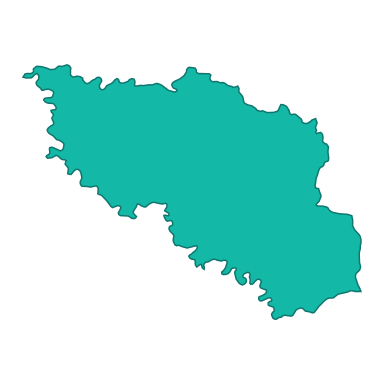 outline of Araguari, Minas Gerais, Brazil
{"feature_id": "56859067B42575521245529", "entity_name": "Araguari", "entity_type": "district", "adm_level": 2, "iso_a3": "BRA", "parent_name": "Brazil", "parent_adm1": "Minas Gerais", "projection": "orthographic", "projection_center": [-48.261, -18.607], "detail": "fine", "context": "isolated", "style": "filled", "palette": "teal", "viewbox_px": 384, "rotation_deg": 0, "n_neighbors": 0, "source": "geoboundaries", "source_scale": "gbopen_adm2", "svg_char_len": 5869}
<svg xmlns="http://www.w3.org/2000/svg" viewBox="0 0 384 384"><path d="M161.5,85.1L157.9,83.6L156.2,83.5L151.9,85.0L150.0,84.7L142.6,85.7L141.0,85.3L136.2,86.1L134.8,85.8L134.5,84.4L134.9,83.0L134.8,80.9L134.0,79.1L132.2,78.7L130.7,79.0L128.7,80.3L128.1,81.4L123.4,83.1L120.8,83.1L119.5,82.3L118.4,79.3L116.9,78.6L115.0,79.8L113.0,82.2L111.2,83.6L106.8,85.6L104.5,89.0L102.4,89.8L100.6,89.1L99.5,87.5L99.5,84.8L101.7,81.1L101.3,79.1L100.2,77.9L99.0,77.2L96.8,77.6L94.9,79.3L93.2,79.9L91.5,80.9L89.8,82.6L87.1,83.7L85.1,82.8L82.8,80.0L82.6,78.1L80.4,76.8L77.3,76.1L73.6,77.1L72.0,76.4L70.5,75.0L70.5,70.6L70.8,68.0L69.3,65.8L67.0,64.8L62.4,66.4L58.6,66.1L54.8,69.2L52.2,69.5L50.1,69.5L45.9,67.8L41.0,66.6L36.6,66.3L33.4,68.9L33.5,72.0L31.0,73.6L27.1,73.5L25.0,74.0L23.0,77.2L26.3,78.0L31.4,77.8L32.9,76.7L33.9,75.2L37.0,73.4L38.9,75.9L38.7,79.0L36.6,81.6L36.1,82.8L36.6,84.7L37.6,85.9L40.6,88.3L41.8,90.3L43.6,90.2L44.9,89.6L48.4,89.1L50.1,89.6L53.1,91.3L53.7,92.9L52.5,96.5L51.5,97.5L45.7,98.1L44.3,98.6L43.7,100.0L44.9,101.6L46.5,102.6L48.4,103.2L52.2,103.4L53.8,103.9L56.0,107.0L56.2,108.3L55.3,109.6L51.0,110.3L51.3,111.9L52.7,113.5L53.5,115.1L51.8,118.1L53.5,122.2L53.7,123.9L52.6,125.1L51.0,125.8L48.3,128.0L47.2,129.7L47.5,131.3L48.5,132.8L50.1,134.1L53.0,135.7L56.6,139.6L59.4,140.3L62.7,142.4L63.9,144.0L63.9,145.6L63.1,149.0L61.7,150.4L60.3,150.8L53.1,147.6L51.4,147.2L49.7,147.7L49.4,149.1L49.9,152.7L48.8,154.6L47.0,155.3L46.1,156.7L47.5,158.2L51.9,157.7L55.9,155.5L57.4,155.6L61.2,159.0L62.6,159.6L65.2,159.9L66.3,160.7L65.5,162.4L65.2,164.3L68.3,167.9L68.3,169.5L67.7,173.7L69.5,174.4L71.2,174.4L74.5,170.4L75.8,169.5L77.8,169.3L79.6,170.4L80.8,172.5L81.8,177.1L81.6,178.9L80.3,181.5L80.2,183.3L80.7,184.8L81.9,186.3L87.5,186.5L90.4,187.1L96.3,185.8L97.5,187.0L98.3,188.5L97.8,193.7L99.2,194.6L101.3,195.0L106.7,200.7L110.9,206.4L112.5,207.6L117.3,205.8L118.8,205.7L120.3,206.4L120.8,207.7L120.1,209.7L118.3,212.8L118.8,214.5L120.4,215.6L127.8,216.0L129.1,216.5L131.9,218.4L133.9,218.6L135.6,218.0L136.5,216.5L134.0,214.1L133.1,212.5L134.0,210.3L136.1,207.1L137.2,204.3L138.5,203.9L141.3,205.8L144.3,207.0L146.1,206.8L147.7,205.2L150.4,203.3L153.5,202.2L160.7,203.8L162.7,204.0L165.7,203.3L166.7,204.1L167.1,205.7L166.7,207.3L165.1,209.6L164.7,210.9L168.5,213.1L169.2,214.6L168.4,215.8L165.4,215.2L163.9,215.4L164.3,217.1L165.9,220.2L167.4,221.2L170.9,220.4L172.0,221.2L172.7,223.0L172.7,224.5L171.7,225.6L170.3,226.0L169.2,227.2L169.0,229.0L170.0,231.2L173.5,234.7L173.8,236.7L173.2,239.2L173.3,241.3L175.0,244.9L176.6,245.7L178.5,245.2L182.3,246.7L187.2,248.0L195.0,246.0L197.0,245.9L197.4,247.5L196.6,249.2L195.2,250.9L193.2,252.3L191.4,254.1L189.7,255.0L188.8,256.1L189.5,257.7L191.1,259.0L194.6,259.6L195.3,261.3L195.2,263.5L195.6,265.4L196.8,267.0L199.8,264.7L201.3,264.4L202.4,268.0L204.1,269.3L204.4,267.4L203.6,265.3L204.4,263.4L205.5,262.3L208.3,261.8L212.4,259.5L214.2,259.3L216.0,259.5L217.4,260.4L218.6,260.3L220.3,261.0L222.0,260.9L223.6,260.2L225.6,260.3L226.8,261.2L227.2,262.6L225.5,267.8L223.5,270.6L221.7,272.1L221.8,273.8L223.2,274.6L226.5,274.3L228.3,273.4L229.6,272.2L231.8,268.5L234.9,267.8L236.1,268.4L236.3,269.8L235.0,271.3L234.7,273.0L236.1,278.9L239.1,283.2L241.0,284.5L242.6,284.9L244.1,284.3L245.5,283.1L246.3,281.8L246.5,280.4L245.6,278.4L242.9,277.1L242.9,275.4L244.2,273.8L247.0,272.5L248.6,272.5L249.7,273.5L250.2,274.8L249.5,276.2L249.5,277.6L250.1,278.8L250.2,280.6L249.8,283.2L250.6,284.2L252.3,284.2L253.8,283.0L254.7,281.6L257.3,279.4L258.9,279.2L260.5,280.0L261.3,281.7L260.2,284.6L259.8,286.6L261.0,288.1L266.3,290.0L266.5,291.4L266.0,293.0L264.8,294.1L262.1,295.7L259.3,296.6L258.6,298.0L258.9,299.7L260.4,301.0L262.3,300.7L268.7,297.8L270.6,297.9L271.8,299.5L271.3,301.1L269.8,301.5L268.2,302.6L268.2,304.9L269.7,305.9L273.2,307.0L274.2,309.0L274.2,311.0L273.0,312.0L271.7,313.8L271.7,315.3L273.0,318.2L274.5,319.1L276.3,319.2L279.2,317.4L281.4,317.2L282.2,316.1L284.0,315.4L285.8,315.3L290.8,316.1L292.2,315.8L293.1,314.9L296.0,310.2L297.7,308.9L301.0,307.9L302.7,308.5L305.4,311.1L309.4,311.8L312.4,312.9L314.2,312.5L318.9,306.4L324.5,300.7L327.1,298.8L328.9,298.1L333.3,297.9L338.0,294.2L347.7,292.0L350.7,290.7L352.9,290.9L355.1,291.5L360.9,291.5L359.8,288.5L357.9,284.8L355.5,277.5L355.5,275.6L356.0,273.6L359.7,270.0L360.6,266.9L359.5,262.5L359.2,253.9L359.4,252.0L360.2,249.0L360.4,245.0L361.0,243.2L360.9,239.2L360.1,236.3L359.1,234.7L354.7,229.9L352.6,225.8L352.7,220.3L351.8,215.7L347.2,214.3L339.5,213.8L332.8,212.4L330.1,210.9L328.8,209.6L327.8,207.7L326.4,207.0L323.0,206.2L317.9,206.0L316.6,205.7L316.1,204.4L319.0,201.5L321.0,196.5L320.7,194.4L319.7,192.4L318.6,188.7L315.5,187.9L315.1,185.6L316.2,178.1L317.5,174.9L318.3,171.6L319.6,168.5L321.0,167.1L322.7,166.5L323.7,165.2L324.2,163.1L325.6,161.7L327.2,161.4L328.3,160.7L328.7,158.3L327.9,151.9L328.4,146.8L326.5,144.0L324.9,143.7L323.0,142.0L322.6,140.7L323.0,137.4L322.5,134.7L321.9,133.5L320.5,132.4L316.5,133.5L315.7,131.9L316.6,130.3L315.8,128.8L315.5,127.0L317.1,123.0L315.6,118.6L311.8,120.1L310.5,121.5L309.1,122.2L307.8,123.3L304.9,123.5L302.3,122.4L301.4,119.2L295.5,114.3L293.4,114.2L291.5,114.7L290.2,113.9L289.4,112.2L289.2,110.6L286.5,106.4L283.2,104.7L280.8,104.6L278.4,110.0L277.6,111.2L273.6,112.4L267.2,112.6L262.3,110.7L260.7,111.4L257.1,110.3L255.7,108.5L252.1,106.0L247.9,104.9L245.1,103.5L243.9,102.4L242.7,96.6L238.8,91.8L239.0,88.4L237.7,86.1L235.0,87.1L233.2,87.4L231.9,86.5L228.8,85.8L226.8,84.9L225.3,83.5L223.4,82.6L219.8,82.7L217.4,81.6L215.7,81.5L212.8,81.8L211.1,80.9L210.3,79.8L209.8,77.8L210.8,75.1L209.4,73.8L198.1,73.5L196.4,72.2L196.2,70.0L195.1,68.1L189.3,67.3L188.0,67.9L186.6,69.7L186.5,71.8L184.1,75.6L179.8,79.0L175.5,80.9L172.7,82.6L171.8,84.7L172.4,86.6L173.6,88.2L175.9,89.0L177.2,90.4L175.6,91.9L173.2,91.9L171.6,91.1L168.7,90.5L161.5,85.1Z" fill="#14b8a6" stroke="#0f766e" stroke-width="1.5"/></svg>